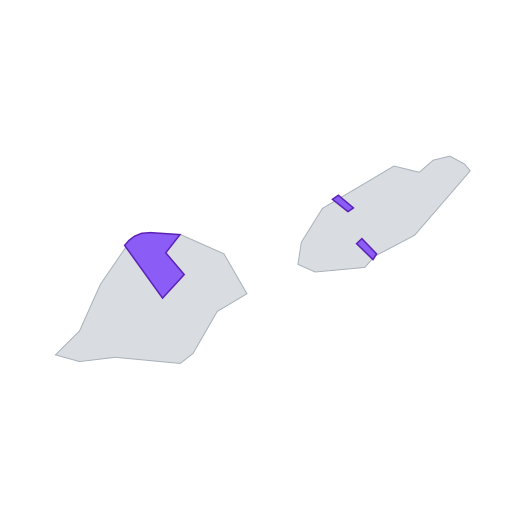 Gaga'emauga on a map of Samoa (Natural Earth projection), rotated 311°
{"feature_id": "WSM-4990", "entity_name": "Gaga'emauga", "entity_type": "state/province", "adm_level": 1, "iso_a3": "WSM", "parent_name": "Samoa", "parent_adm1": "", "projection": "natural_earth1", "projection_center": [-172.104, -13.734], "detail": "fine", "context": "in_parent", "style": "filled", "palette": "violet", "viewbox_px": 512, "rotation_deg": 311, "n_neighbors": 0, "source": "natural_earth", "source_scale": "10m", "svg_char_len": 820}
<svg xmlns="http://www.w3.org/2000/svg" viewBox="0 0 512 512"><g transform="rotate(311 256 256)"><path d="M187.9,150.8L222.7,185.0L236.6,230.4L221.6,273.9L188.8,263.1L141.1,272.4L125.2,269.3L87.0,216.0L60.5,192.0L49.8,169.5L83.6,172.0L132.8,157.1L187.9,150.8ZM460.8,361.8L375.8,362.1L333.7,345.7L318.8,345.6L282.7,311.1L277.2,293.1L296.2,281.2L335.5,274.9L414.4,301.1L426.3,324.3L444.5,326.8L458.6,336.8L462.2,353.1L460.8,361.8Z" fill="#d9dde1" stroke="#a8b0b8" stroke-width="1"/><path d="M177.8,149.9L184.5,149.9L191.4,151.4L198.1,154.8L204.4,161.0L222.3,184.6L199.2,185.8L194.9,214.0L183.6,213.7L170.1,213.3L162.9,213.1L177.8,149.9ZM336.7,345.6L330.0,346.7L331.3,323.8L338.6,324.5L336.7,345.6ZM348.9,276.5L355.9,278.3L356.2,298.0L349.8,296.3L348.9,276.5Z" fill="#8b5cf6" stroke="#5b21b6" stroke-width="1.5"/></g></svg>